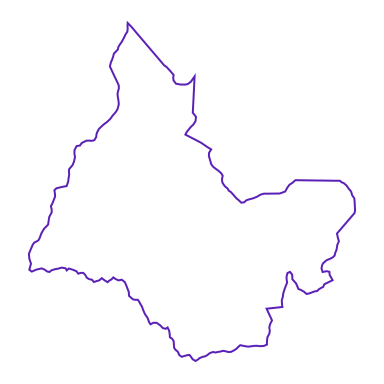 Araraquara, São Paulo, Brazil (Mercator projection)
{"feature_id": "56859067B88826988181840", "entity_name": "Araraquara", "entity_type": "district", "adm_level": 2, "iso_a3": "BRA", "parent_name": "Brazil", "parent_adm1": "São Paulo", "projection": "mercator", "projection_center": [-48.185, -21.756], "detail": "fine", "context": "isolated", "style": "outline", "palette": "violet", "viewbox_px": 384, "rotation_deg": 0, "n_neighbors": 0, "source": "geoboundaries", "source_scale": "gbopen_adm2", "svg_char_len": 3759}
<svg xmlns="http://www.w3.org/2000/svg" viewBox="0 0 384 384"><path d="M211.2,149.4L207.4,147.1L201.0,142.7L185.4,134.6L186.7,132.1L188.8,129.4L190.9,126.9L193.4,124.5L195.5,121.2L196.0,116.9L194.5,114.8L192.8,112.8L194.6,76.4L190.9,81.7L187.9,84.0L185.8,84.5L182.4,84.5L180.2,84.5L176.0,83.7L173.6,80.5L173.2,78.2L173.6,74.9L169.8,70.5L166.4,66.8L164.3,65.5L137.4,33.9L131.4,26.8L127.7,23.0L127.5,25.9L127.7,28.8L127.3,31.8L125.7,34.1L124.5,36.6L123.3,39.0L121.7,41.9L119.8,44.6L118.4,46.9L117.8,49.6L113.9,53.6L113.1,56.8L112.0,59.9L110.9,62.3L109.9,66.5L117.2,82.0L118.8,85.5L118.8,88.7L118.0,91.5L117.5,94.1L117.8,96.6L118.5,100.9L118.8,104.3L117.5,109.2L115.8,112.0L112.5,115.8L110.2,119.0L107.0,122.0L103.5,124.6L101.7,126.3L99.1,128.7L97.3,131.9L96.5,134.2L96.2,137.0L94.3,140.2L91.9,140.8L88.6,140.6L86.0,140.8L83.9,142.0L81.8,142.9L80.0,145.5L76.6,146.1L74.5,150.2L74.4,153.4L75.0,157.2L73.9,161.9L72.5,165.2L69.1,169.2L68.9,171.6L69.2,174.3L68.4,179.7L68.1,181.9L66.6,186.1L62.1,186.9L56.4,188.3L54.4,190.2L54.9,193.5L55.1,196.5L52.5,203.2L50.9,206.2L51.7,209.4L51.7,212.4L49.3,216.8L48.8,219.7L48.1,224.6L44.0,228.8L41.3,233.5L39.7,237.9L38.7,240.0L36.9,241.3L34.3,242.5L32.8,244.6L31.8,246.9L30.5,249.9L28.9,253.9L29.3,258.5L31.0,263.7L29.3,269.7L31.8,271.6L34.1,270.6L36.3,269.6L38.6,269.1L41.7,268.4L44.8,269.7L46.9,271.4L49.4,272.0L51.4,270.4L54.9,269.2L58.0,268.7L61.6,267.6L65.6,268.3L66.7,270.4L68.9,268.5L73.3,269.9L76.5,271.3L78.3,273.7L80.5,272.9L83.2,272.9L85.2,274.8L86.7,277.6L89.0,279.1L91.9,279.7L93.9,282.0L96.9,281.0L99.2,280.4L101.8,278.2L104.7,280.4L107.6,282.2L109.2,280.7L111.5,279.4L113.3,277.4L115.7,279.1L118.5,280.4L121.7,279.7L124.8,282.1L126.2,285.2L127.5,288.7L128.8,292.0L129.0,295.8L131.6,298.2L133.3,299.5L135.6,299.8L137.9,299.8L139.3,302.0L140.4,304.0L142.0,306.7L143.0,309.6L144.4,312.9L145.6,315.1L147.5,317.7L149.0,321.9L150.5,324.3L153.4,322.8L156.6,322.8L160.3,325.4L162.9,328.1L165.7,328.8L167.6,327.5L169.2,330.9L169.7,334.1L169.9,337.3L172.1,338.7L173.7,341.2L173.9,344.9L174.2,348.0L175.7,350.0L177.8,351.7L179.4,355.2L181.8,356.8L184.6,355.9L187.2,355.2L189.4,354.9L191.0,356.8L192.6,359.2L195.5,361.0L197.8,359.6L199.6,358.1L202.8,356.8L205.2,356.3L207.4,355.0L210.0,353.0L213.0,352.0L215.5,352.5L217.8,352.0L220.1,351.6L223.2,350.8L226.1,351.4L228.3,352.0L230.9,351.9L233.6,350.6L236.3,348.9L238.3,346.9L240.2,345.2L246.8,346.5L249.0,346.6L251.2,346.3L253.7,345.9L256.8,345.8L260.0,346.2L264.0,345.9L266.9,344.6L267.0,340.9L267.4,337.3L269.3,333.7L269.8,331.0L269.3,327.6L269.9,324.6L272.0,320.4L266.6,308.7L282.4,307.0L282.0,304.1L281.8,300.2L282.8,296.9L283.2,293.7L284.4,289.6L285.4,286.9L287.1,282.6L286.6,279.1L286.6,276.3L287.5,273.0L290.0,271.9L292.2,274.7L292.4,279.3L294.0,281.1L295.7,282.9L296.8,285.0L298.4,289.0L300.6,289.8L304.0,291.7L306.6,294.0L310.4,293.0L314.9,291.3L317.0,291.1L318.9,289.3L320.8,288.1L323.2,286.9L324.4,284.2L332.6,280.2L330.9,277.1L329.7,275.1L329.4,271.8L326.8,271.2L322.6,272.0L321.5,268.4L322.0,265.7L322.9,263.5L324.8,261.8L326.6,260.2L329.1,259.2L332.6,257.5L334.6,255.6L335.2,252.9L336.4,250.2L336.9,247.7L337.3,244.9L338.9,241.3L337.8,237.5L337.0,233.5L354.5,213.1L355.1,210.4L354.8,205.8L354.7,202.8L354.3,198.3L352.1,195.1L351.1,191.5L349.0,189.1L346.5,185.5L343.6,183.0L341.6,182.3L340.0,180.8L295.4,180.2L292.2,183.0L289.5,184.7L287.4,187.5L285.2,191.5L279.8,193.5L274.3,193.6L263.8,193.7L260.1,194.8L257.5,196.5L253.2,198.3L249.4,199.3L246.5,200.2L244.1,202.3L241.3,202.7L238.4,199.9L236.6,198.5L235.2,196.9L233.4,194.8L230.7,191.9L228.8,190.7L227.6,188.6L224.7,186.1L222.5,182.8L221.9,179.7L222.7,175.8L221.4,173.5L219.0,171.2L215.2,168.4L213.3,166.9L211.3,164.4L208.9,156.0L209.1,152.7L211.2,149.4Z" fill="none" stroke="#5b21b6" stroke-width="2"/></svg>